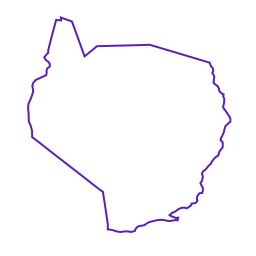 Ceará-Mirim, Rio Grande do Norte, Brazil (Robinson projection), rotated 95°
{"feature_id": "56859067B87292003692052", "entity_name": "Ceará-Mirim", "entity_type": "district", "adm_level": 2, "iso_a3": "BRA", "parent_name": "Brazil", "parent_adm1": "Rio Grande do Norte", "projection": "robinson", "projection_center": [-35.367, -5.598], "detail": "fine", "context": "isolated", "style": "outline", "palette": "violet", "viewbox_px": 256, "rotation_deg": 95, "n_neighbors": 0, "source": "geoboundaries", "source_scale": "gbopen_adm2", "svg_char_len": 1854}
<svg xmlns="http://www.w3.org/2000/svg" viewBox="0 0 256 256"><g transform="rotate(95 128 128)"><path d="M212.9,70.2L213.5,72.4L212.8,74.5L212.1,77.2L211.1,79.0L208.8,76.9L207.2,73.8L204.9,71.2L203.0,68.1L202.4,65.1L202.9,62.5L201.4,60.5L199.6,58.4L197.7,58.1L197.3,55.6L196.3,53.5L194.2,52.5L191.9,53.4L189.0,52.6L186.8,51.1L186.3,48.5L184.0,48.0L181.1,48.2L178.6,49.9L176.4,51.1L174.8,49.9L170.0,49.1L167.1,50.3L164.7,49.5L162.9,47.4L158.5,44.3L156.7,42.5L154.3,41.6L151.4,39.8L148.9,37.6L147.5,35.7L143.5,34.9L138.9,32.0L135.4,32.2L133.5,32.8L132.3,34.6L130.3,34.6L127.2,33.3L124.2,32.2L120.9,31.8L117.5,31.0L115.2,29.0L113.0,26.6L110.7,26.7L108.6,27.3L106.8,28.7L105.0,30.2L102.4,32.3L100.4,34.2L98.6,35.1L96.1,34.7L92.6,34.4L89.9,34.9L88.0,36.0L86.1,35.7L85.3,37.9L83.0,40.4L80.9,40.8L78.5,42.3L77.4,44.2L75.8,46.6L72.3,46.7L69.0,46.5L65.6,48.8L63.4,48.0L61.1,48.7L59.1,50.8L55.8,52.4L50.0,80.4L43.2,113.7L44.0,120.0L49.2,166.0L60.4,177.5L26.8,193.1L24.7,201.2L23.8,204.5L26.6,204.0L26.7,209.0L38.6,211.1L44.8,212.2L57.8,214.3L59.9,214.0L62.2,215.8L64.8,217.5L66.7,216.5L68.1,214.8L69.2,212.8L71.1,211.5L73.7,211.3L75.3,213.3L77.8,214.2L80.1,213.8L82.5,214.1L84.9,218.4L88.2,224.1L91.0,226.2L94.5,227.0L98.0,225.9L100.1,225.7L103.2,226.3L107.9,227.6L112.1,229.1L114.3,229.4L117.0,229.2L123.0,228.2L130.0,227.4L132.1,226.3L134.7,224.9L139.4,223.3L145.4,222.7L151.4,213.3L161.5,197.8L168.0,187.7L176.5,174.5L188.9,155.4L194.0,147.3L197.2,146.6L204.0,144.9L225.7,139.7L230.8,139.3L230.8,136.8L231.1,134.1L231.8,131.3L232.2,128.5L232.2,125.7L231.3,122.4L231.0,119.3L231.3,115.9L230.0,112.2L228.1,111.7L226.5,110.7L225.0,109.0L224.2,106.3L223.4,103.2L221.3,100.9L220.0,98.8L218.6,95.1L217.4,91.3L216.9,89.1L216.6,86.6L216.6,83.5L217.1,80.5L217.0,78.0L216.2,75.1L215.6,72.8L215.7,70.6L212.9,70.2Z" fill="none" stroke="#5b21b6" stroke-width="2"/></g></svg>